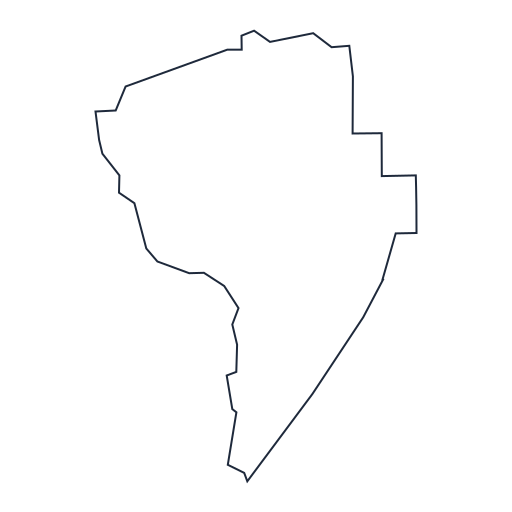 the district of Assumption, Louisiana, United States of America
{"feature_id": "52423323B50058154101732", "entity_name": "Assumption", "entity_type": "district", "adm_level": 2, "iso_a3": "USA", "parent_name": "United States of America", "parent_adm1": "Louisiana", "projection": "mercator", "projection_center": [-91.067, 29.854], "detail": "fine", "context": "isolated", "style": "outline", "palette": "slate", "viewbox_px": 512, "rotation_deg": 0, "n_neighbors": 0, "source": "geoboundaries", "source_scale": "gbopen_adm2", "svg_char_len": 654}
<svg xmlns="http://www.w3.org/2000/svg" viewBox="0 0 512 512"><path d="M349.3,45.8L331.6,47.2L313.2,33.2L270.0,41.9L254.1,30.7L241.5,35.7L241.7,49.7L227.2,49.7L125.6,86.5L115.7,110.5L95.5,111.5L99.1,139.9L102.4,153.7L119.4,175.4L119.0,192.7L134.4,203.2L146.3,248.5L157.4,261.5L189.2,273.2L203.9,272.8L224.2,286.0L238.5,308.1L232.3,324.5L237.1,344.7L236.3,371.9L226.7,375.5L232.3,409.1L236.4,412.3L227.8,464.8L244.2,472.9L247.3,481.3L312.4,394.0L363.2,317.3L383.0,279.7L382.5,279.6L395.7,233.4L416.5,233.0L416.4,205.4L416.1,187.2L415.8,175.4L381.8,176.1L381.6,133.2L352.6,133.5L352.9,76.4L349.3,45.8Z" fill="none" stroke="#1e293b" stroke-width="2"/></svg>